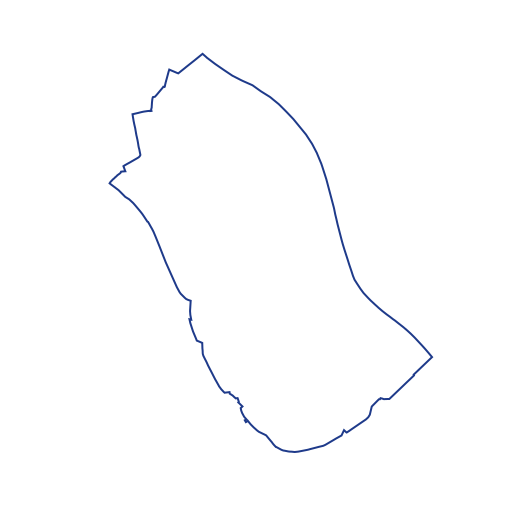 the district of Albrandswaard, Zuid-Holland, Netherlands, rotated 227°
{"feature_id": "6326949B38585086995539", "entity_name": "Albrandswaard", "entity_type": "district", "adm_level": 2, "iso_a3": "NLD", "parent_name": "Netherlands", "parent_adm1": "Zuid-Holland", "projection": "orthographic", "projection_center": [4.441, 51.852], "detail": "fine", "context": "isolated", "style": "outline", "palette": "blue", "viewbox_px": 512, "rotation_deg": 227, "n_neighbors": 0, "source": "geoboundaries", "source_scale": "gbopen_adm2", "svg_char_len": 4870}
<svg xmlns="http://www.w3.org/2000/svg" viewBox="0 0 512 512"><g transform="rotate(227 256 256)"><path d="M409.0,198.5L407.5,198.7L397.8,200.4L388.4,200.7L387.3,201.0L385.8,201.4L384.0,201.9L378.4,202.3L375.3,202.2L367.7,201.8L365.3,201.6L364.3,201.5L362.3,201.2L359.3,200.7L355.2,200.0L354.6,200.3L353.6,200.1L351.5,199.6L349.1,199.0L346.9,198.5L343.7,197.6L338.0,195.5L328.9,192.0L312.7,185.6L307.7,183.9L301.3,181.7L287.3,176.9L281.9,175.5L279.7,175.2L274.0,175.4L272.1,175.6L271.2,176.0L270.4,176.3L267.8,177.7L266.2,176.0L264.5,174.2L260.7,170.2L257.7,167.8L253.6,165.2L255.1,164.2L251.7,162.2L245.1,159.1L243.8,158.5L239.5,156.9L236.5,155.8L234.5,155.0L230.1,157.0L229.1,157.4L225.1,153.9L222.9,152.2L221.9,151.3L220.8,150.4L219.9,149.9L218.5,149.3L217.4,149.0L215.8,148.5L213.6,147.9L211.6,147.3L208.7,146.3L204.5,145.1L200.5,144.0L196.7,142.9L193.5,142.0L190.9,141.4L189.3,141.0L187.2,140.5L185.8,140.1L183.9,139.9L182.3,139.7L181.5,139.7L179.7,139.7L178.5,139.7L177.4,139.8L177.0,140.4L174.5,143.8L173.2,142.9L172.1,143.2L169.8,143.8L169.2,143.8L167.5,143.9L165.6,144.1L164.9,145.3L164.6,145.6L163.0,144.9L161.1,144.0L161.0,143.2L159.6,143.3L155.2,143.5L155.2,142.4L155.2,141.1L153.1,139.8L150.7,138.8L148.4,138.2L146.5,137.7L143.0,137.6L143.5,135.8L141.4,135.3L140.9,137.4L140.9,137.6L136.8,137.3L136.0,137.3L132.6,137.4L132.3,137.4L130.3,137.6L127.8,137.8L125.5,138.2L124.2,138.7L122.4,139.4L120.8,140.0L120.6,140.1L120.1,140.3L117.9,141.1L113.2,140.8L111.2,140.7L108.9,140.6L107.5,140.4L105.9,140.3L102.2,140.3L102.7,140.5L101.5,140.9L99.4,141.6L98.2,142.0L97.0,142.4L95.9,142.9L95.0,143.4L94.4,143.9L92.2,145.5L91.2,146.2L90.2,147.0L88.7,148.5L86.4,150.5L86.2,150.7L85.3,151.9L84.4,153.1L83.9,153.8L83.8,154.0L83.1,155.1L81.6,157.5L79.6,160.7L78.7,162.2L77.8,164.0L77.4,164.7L73.5,171.9L71.9,174.7L71.3,175.8L70.6,177.9L68.5,187.3L67.8,190.6L67.7,190.9L66.5,195.8L66.4,196.1L68.6,201.6L65.4,201.8L65.1,201.9L64.9,202.6L64.9,202.9L64.8,203.3L64.5,205.0L64.2,207.2L62.4,219.1L61.5,224.9L61.5,225.1L61.5,227.2L61.5,228.1L62.3,231.0L63.7,233.1L65.5,235.8L66.9,237.9L67.0,238.4L67.4,248.2L66.7,249.0L67.1,250.1L66.8,250.3L65.3,251.3L65.0,251.4L64.1,251.9L62.2,254.1L60.5,256.0L60.5,256.4L60.5,256.8L60.7,273.8L60.8,279.5L60.9,290.1L61.7,290.4L62.0,315.8L67.3,316.1L72.5,316.3L77.7,316.4L82.9,316.4L88.1,316.4L93.3,316.2L98.4,315.8L103.7,315.2L108.8,314.4L114.1,313.6L116.4,313.1L120.2,312.5L124.3,311.7L129.4,310.9L134.6,310.3L136.2,310.2L139.6,309.9L145.2,309.5L148.8,309.4L150.3,309.4L155.6,309.4L160.7,310.0L166.6,311.0L171.5,311.9L175.4,313.4L175.6,313.5L180.3,315.7L181.2,316.1L186.3,318.4L191.1,320.7L195.8,322.9L200.5,325.1L205.2,327.4L205.8,327.7L209.8,329.8L214.4,332.3L219.0,334.8L223.6,337.3L227.9,339.8L232.5,342.4L237.2,345.3L238.6,346.1L264.2,359.8L276.3,365.5L278.1,366.3L279.2,366.8L280.6,367.3L289.2,370.5L289.6,370.7L290.0,370.8L299.0,373.3L300.3,373.6L303.3,374.1L310.7,375.4L313.6,375.6L330.7,376.7L340.1,376.6L343.6,376.5L351.6,376.2L358.9,375.2L361.4,374.9L362.6,374.7L363.1,374.6L372.8,372.0L374.7,371.6L383.2,369.9L384.4,369.4L392.6,365.9L394.6,365.1L404.0,361.7L413.8,359.4L423.8,357.2L424.8,357.0L434.6,355.3L435.2,355.3L440.3,354.8L441.1,343.2L441.2,342.2L441.9,333.3L441.9,332.9L442.6,323.7L444.0,323.0L447.2,321.6L449.4,320.6L451.5,319.7L450.3,317.6L446.3,311.2L446.0,310.7L445.5,309.8L445.2,309.5L444.5,308.2L444.3,308.0L443.7,307.1L443.5,306.7L443.0,306.1L442.7,305.7L442.1,304.8L442.0,304.6L442.0,304.4L443.0,303.7L442.8,303.0L441.8,294.9L441.6,293.2L441.4,290.8L441.4,290.7L441.5,290.5L441.7,290.2L442.1,289.6L442.3,289.4L442.4,289.1L442.5,289.0L442.5,288.9L442.4,288.7L442.1,288.2L441.8,287.8L441.5,287.3L441.1,286.8L439.1,284.5L435.6,280.8L434.8,279.4L434.2,279.0L433.4,278.5L434.0,277.7L434.2,277.9L435.4,276.2L435.5,276.1L436.0,275.5L436.6,274.6L437.3,273.6L438.0,272.6L438.5,271.8L439.1,270.8L439.9,269.4L441.1,267.2L442.2,265.3L443.3,263.4L443.9,262.4L441.3,260.6L439.9,259.7L439.5,259.4L438.7,258.9L438.3,258.6L437.1,257.9L435.5,256.9L433.6,255.8L433.1,255.5L432.7,255.3L431.7,254.7L429.9,253.5L428.2,252.4L427.5,251.9L427.4,251.9L426.7,251.4L425.4,250.6L425.0,250.4L424.0,249.8L421.8,248.5L420.7,247.8L419.6,247.1L418.1,246.1L416.8,245.2L415.2,244.2L413.8,243.5L412.2,242.5L408.8,240.4L408.6,240.1L408.3,239.1L408.2,238.5L408.2,238.2L408.2,237.5L408.3,237.0L408.3,236.9L408.6,235.5L408.9,234.2L409.1,233.4L409.6,231.2L409.9,229.9L410.0,229.7L410.2,228.5L411.2,224.6L411.9,221.6L412.1,220.3L410.6,219.7L410.4,219.6L407.8,218.5L407.6,218.4L407.1,218.2L407.9,217.2L408.6,216.3L409.3,215.4L409.7,214.8L409.6,214.5L409.4,214.2L409.3,213.9L409.2,213.5L409.2,213.3L409.2,213.0L409.3,212.0L409.4,211.0L409.5,210.5L409.5,210.2L409.6,209.6L409.5,208.7L409.5,207.8L409.6,206.6L409.5,205.3L409.6,204.0L409.6,202.8L409.5,202.3L409.5,202.1L409.5,201.6L409.4,200.1L409.0,198.5Z" fill="none" stroke="#1e3a8a" stroke-width="2"/></g></svg>